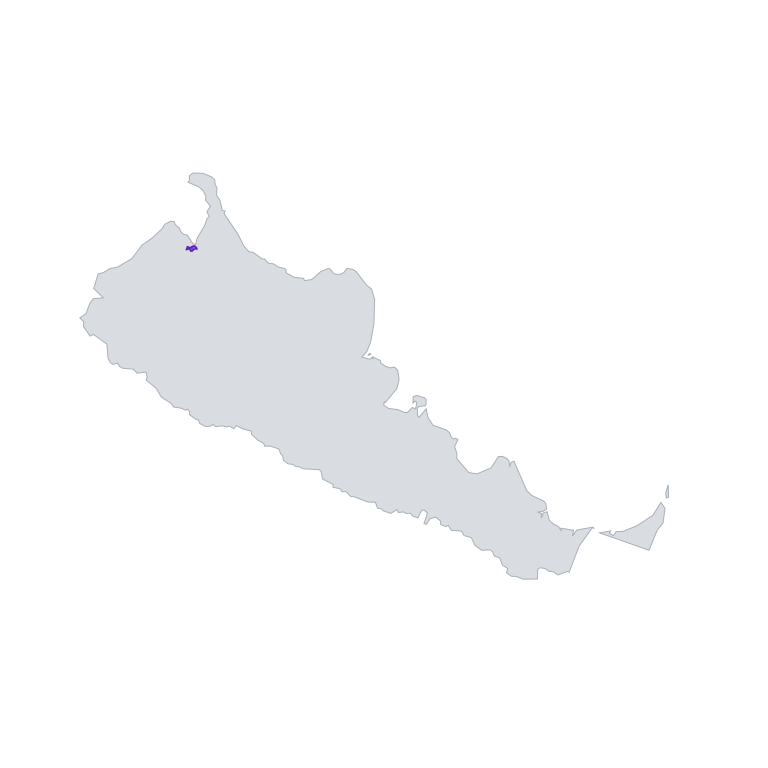 location of 1ro. de Mayo, Chaco, Argentina, rotated 289°
{"feature_id": "61730980B22683842441482", "entity_name": "1ro. de Mayo", "entity_type": "district", "adm_level": 2, "iso_a3": "ARG", "parent_name": "Argentina", "parent_adm1": "Chaco", "projection": "mercator", "projection_center": [-58.875, -27.18], "detail": "fine", "context": "in_parent", "style": "filled", "palette": "violet", "viewbox_px": 768, "rotation_deg": 289, "n_neighbors": 0, "source": "geoboundaries", "source_scale": "gbopen_adm2", "svg_char_len": 4878}
<svg xmlns="http://www.w3.org/2000/svg" viewBox="0 0 768 768"><g transform="rotate(289 384 384)"><path d="M468.8,206.6L465.1,213.2L465.9,217.6L462.5,228.1L463.4,230.2L460.6,235.2L461.6,240.6L460.2,245.9L460.9,252.5L459.7,254.5L457.3,255.1L455.6,264.4L457.7,273.4L455.9,275.2L459.3,281.8L469.6,287.5L475.0,293.5L475.1,296.0L472.4,299.7L472.1,302.8L473.6,307.1L476.3,309.7L481.4,311.3L482.1,317.4L481.2,321.3L471.8,335.3L469.7,341.4L460.7,347.7L437.5,354.9L419.4,357.7L409.0,357.2L402.2,354.2L402.7,362.3L406.1,364.7L404.3,364.8L405.8,366.3L405.0,372.9L402.8,374.2L401.2,379.8L401.3,384.6L403.4,388.6L401.3,392.6L393.4,396.7L384.0,397.7L366.6,391.2L367.3,390.1L366.4,389.8L363.6,391.1L362.4,396.7L364.3,405.3L363.7,412.9L364.8,415.5L371.1,418.4L370.6,421.4L372.7,421.8L377.3,421.0L377.8,418.6L375.5,417.7L381.6,415.7L383.9,418.9L384.1,426.8L383.0,428.9L378.2,430.4L376.8,430.0L374.1,424.4L371.8,423.3L365.0,426.2L364.2,428.0L374.2,432.0L366.8,436.3L361.0,443.7L360.8,457.6L359.5,461.5L355.4,465.1L354.7,467.8L356.1,469.4L355.6,472.0L347.8,471.1L342.2,475.5L337.2,477.0L327.9,493.0L329.2,501.0L339.5,512.6L352.5,515.7L354.2,519.6L353.6,524.3L352.1,527.0L347.3,529.7L351.4,529.7L353.2,532.1L329.8,553.6L326.7,559.9L325.3,573.2L323.5,576.0L318.7,578.6L315.4,575.8L312.9,570.9L312.9,574.9L308.5,576.4L313.8,576.5L316.3,579.8L309.0,584.7L306.9,589.2L306.0,595.4L303.1,599.1L305.3,598.3L307.4,610.8L301.6,611.7L308.7,613.8L316.7,628.2L316.0,629.3L315.8,627.8L294.6,621.3L266.3,620.3L266.5,618.4L260.1,610.7L261.6,605.2L260.6,600.6L262.0,596.5L261.1,591.4L258.7,589.7L249.6,592.6L244.7,579.1L245.1,571.8L243.7,567.2L245.3,561.4L249.9,561.1L251.3,554.9L257.2,550.2L257.3,544.3L260.9,541.1L261.7,538.2L258.6,530.7L261.0,522.7L267.2,516.6L266.7,509.0L270.1,505.3L267.6,495.2L271.1,491.0L269.4,488.7L269.5,483.4L272.8,482.1L275.0,476.4L271.6,471.4L265.3,469.9L265.0,467.3L276.3,467.1L277.7,463.1L277.0,460.8L268.4,459.6L268.5,454.2L270.4,450.7L268.8,447.2L269.4,444.1L267.2,439.4L269.4,437.2L263.8,432.4L263.9,424.5L265.1,422.5L264.4,418.3L269.4,414.4L267.1,406.9L267.7,392.7L266.8,388.9L270.0,383.2L268.4,379.4L270.7,376.5L269.8,369.4L272.4,368.8L274.3,356.7L280.7,353.1L282.0,350.7L277.6,335.6L278.1,330.0L277.2,327.4L278.3,324.1L277.3,319.3L279.2,313.7L283.5,311.4L283.9,309.5L288.4,305.6L288.2,296.3L286.3,291.5L288.5,289.8L290.0,282.6L293.3,275.2L296.2,273.9L295.6,265.6L296.6,258.0L292.9,256.6L293.8,251.3L292.4,250.0L291.7,244.3L289.2,239.4L289.1,237.2L290.5,235.8L287.7,233.9L285.8,229.3L286.3,225.2L286.8,222.4L289.7,220.3L289.2,218.3L291.7,209.9L294.7,209.4L296.3,206.4L294.6,204.9L295.1,199.8L293.7,192.6L296.5,189.0L298.9,178.0L305.7,170.1L310.3,157.9L313.9,157.7L317.8,155.0L313.9,147.1L316.4,142.1L313.8,131.6L314.7,127.8L316.9,125.5L314.4,121.5L315.1,118.3L318.7,114.6L331.4,109.1L336.3,93.2L333.6,90.5L340.4,81.2L345.3,79.7L347.4,74.9L353.7,79.4L364.7,79.6L370.1,81.4L374.1,90.6L379.8,78.4L395.0,77.9L398.0,82.4L403.9,87.3L407.9,94.1L420.5,104.8L436.6,110.0L446.5,117.3L458.1,123.4L463.8,124.8L468.3,129.2L469.3,132.4L466.7,134.9L464.8,139.8L461.7,142.5L460.4,145.7L460.6,149.6L454.6,157.5L454.7,160.4L460.9,159.8L475.8,162.9L483.0,162.9L485.3,164.2L489.2,160.5L495.5,162.0L499.6,155.6L503.7,154.4L508.0,149.9L510.1,144.5L511.0,133.0L513.4,133.8L517.5,132.2L521.2,134.5L524.3,144.2L523.7,153.6L522.0,157.4L517.5,159.5L515.1,162.2L508.0,164.2L504.1,169.2L495.3,174.6L495.9,177.4L493.0,177.3L478.2,197.0L468.8,206.6ZM313.1,688.7L313.4,636.2L318.9,646.2L316.2,645.6L315.4,650.4L320.0,651.5L322.2,657.6L332.2,669.2L347.2,680.9L362.1,684.4L357.9,690.2L343.3,693.1L334.6,689.9L313.1,688.7ZM368.0,688.0L372.5,685.9L381.3,685.5L369.7,689.9L368.0,688.0ZM408.2,360.3L408.0,362.0L405.6,359.4L408.2,360.3Z" fill="#d9dde1" stroke="#a8b0b8" stroke-width="1"/><path d="M446.8,153.9L448.8,155.9L448.7,156.0L447.7,156.9L447.6,157.0L446.7,157.9L447.8,158.9L447.6,159.1L447.8,159.1L448.0,159.2L447.9,159.2L448.0,159.3L448.0,159.2L448.0,159.3L448.2,159.5L448.2,159.8L448.3,159.8L448.3,160.0L448.5,160.1L448.8,160.0L449.5,160.7L451.0,162.2L451.0,162.3L450.9,162.3L450.9,162.5L450.9,162.8L450.7,162.8L450.6,163.0L450.8,163.0L450.9,162.9L450.9,163.1L451.0,163.1L451.2,162.9L451.6,162.4L451.8,162.3L451.9,162.2L452.0,161.9L452.1,161.7L452.3,161.5L452.4,161.4L452.4,161.2L452.5,160.9L452.4,160.7L452.5,160.5L452.7,160.4L452.8,160.3L452.8,160.2L452.9,159.9L452.8,159.7L452.7,159.7L452.6,159.4L452.6,159.2L452.7,158.9L452.6,159.0L452.4,159.0L452.4,158.9L452.3,158.7L452.2,158.7L452.2,158.4L452.2,158.5L452.1,158.4L452.1,158.5L452.1,158.4L452.1,158.5L452.0,158.4L451.9,158.3L451.8,158.2L451.7,158.2L451.4,157.9L451.2,157.8L451.2,157.7L451.1,157.4L450.9,157.3L450.7,157.4L450.7,157.5L450.6,157.4L450.6,157.5L450.5,157.4L450.4,157.4L450.3,157.5L450.3,157.4L450.2,157.4L450.0,157.2L449.9,157.2L449.8,156.9L449.8,153.4L446.8,153.4L446.8,153.9Z" fill="#8b5cf6" stroke="#5b21b6" stroke-width="1.5"/></g></svg>